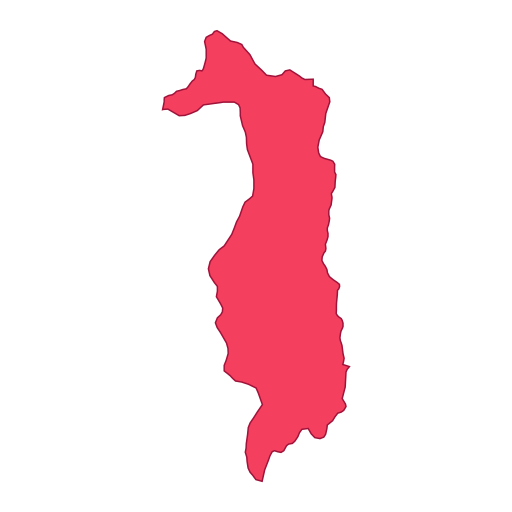 Sipitang, Sabah, Malaysia (orthographic projection)
{"feature_id": "92858781B73026696392194", "entity_name": "Sipitang", "entity_type": "district", "adm_level": 2, "iso_a3": "MYS", "parent_name": "Malaysia", "parent_adm1": "Sabah", "projection": "orthographic", "projection_center": [115.715, 4.645], "detail": "fine", "context": "isolated", "style": "filled", "palette": "rose", "viewbox_px": 512, "rotation_deg": 0, "n_neighbors": 0, "source": "geoboundaries", "source_scale": "gbopen_adm2", "svg_char_len": 3100}
<svg xmlns="http://www.w3.org/2000/svg" viewBox="0 0 512 512"><path d="M255.9,479.6L262.1,481.3L264.7,469.8L268.5,460.0L270.0,455.7L272.2,451.7L274.5,450.7L277.5,451.7L281.0,452.4L283.8,450.7L286.6,445.6L288.6,444.1L292.4,443.4L294.9,441.1L297.9,436.6L299.4,432.8L301.9,429.3L308.2,428.5L311.2,433.8L314.8,437.6L320.0,438.6L323.8,437.1L325.6,434.3L326.8,429.0L327.3,425.0L332.6,420.7L334.9,416.9L337.7,413.2L341.2,412.1L343.7,410.4L346.0,406.6L345.5,404.1L342.2,398.6L345.2,387.0L346.0,372.0L347.2,369.3L349.4,366.6L349.1,366.5L342.8,364.5L343.5,361.7L344.1,358.3L343.0,353.5L342.0,345.6L341.2,342.9L340.4,340.8L339.9,337.9L340.4,333.9L341.0,331.1L342.3,328.4L343.0,326.6L343.0,323.1L342.2,320.4L341.2,318.6L338.6,316.8L337.3,315.4L336.2,313.6L336.4,310.4L336.4,305.9L336.5,303.1L337.3,294.8L337.5,290.3L338.8,288.8L339.6,286.5L339.4,284.3L336.8,282.2L333.0,279.6L329.4,276.6L327.5,272.9L326.9,269.5L325.3,266.3L323.6,263.9L321.9,260.5L322.2,256.8L324.0,252.8L325.4,251.1L325.9,248.6L325.4,244.2L327.2,239.6L328.0,236.5L328.0,233.4L327.3,230.5L327.3,228.0L328.5,224.7L329.3,220.7L329.6,218.2L328.8,214.8L328.8,211.2L329.0,209.7L330.0,207.4L331.1,205.0L331.6,201.3L332.0,198.1L331.9,196.6L331.5,194.9L331.5,193.2L332.6,191.7L334.9,187.4L335.2,181.4L335.7,177.4L335.9,174.5L334.6,172.1L334.6,167.4L334.7,164.3L332.9,161.3L330.7,160.2L327.6,159.3L324.6,158.5L322.3,157.5L320.4,156.5L318.7,153.0L317.8,147.3L318.6,143.2L319.2,140.0L322.8,131.7L323.3,126.7L324.8,122.4L325.8,113.4L329.8,101.8L329.3,97.6L325.5,94.0L322.0,89.3L319.0,88.3L315.5,86.5L313.2,86.0L313.2,82.0L313.2,79.2L304.9,79.5L301.9,78.0L300.2,76.6L299.4,76.0L289.8,69.9L285.3,70.9L282.0,74.7L275.5,76.5L266.5,75.2L261.9,70.4L254.9,63.9L249.9,54.6L243.3,47.3L241.8,44.5L237.3,42.5L230.5,41.0L226.5,37.5L222.2,33.7L217.0,30.7L214.4,31.5L212.4,34.2L209.4,35.5L206.2,37.3L204.6,41.5L206.2,49.3L206.2,53.6L206.2,58.1L205.1,62.6L203.9,66.9L203.1,69.4L201.9,70.9L199.6,70.4L196.8,70.9L195.8,74.2L195.3,77.7L194.1,79.7L192.3,81.0L189.8,84.2L188.3,86.5L186.3,88.8L182.8,89.5L179.8,90.5L176.5,91.3L174.5,93.3L172.2,94.8L168.7,95.5L164.4,97.6L164.2,99.6L164.2,101.8L162.6,109.6L163.4,109.4L167.9,109.1L179.2,115.7L184.8,115.4L190.3,113.6L197.3,110.6L203.4,104.9L223.5,102.1L234.3,102.1L238.6,104.6L240.1,107.9L240.3,112.4L240.3,115.9L242.6,125.7L245.3,132.0L246.4,137.3L246.6,143.8L247.4,149.6L252.9,164.2L252.9,172.7L253.9,180.0L253.9,188.6L252.6,196.1L249.4,198.9L245.1,202.1L242.8,206.9L239.6,216.2L236.5,222.0L234.5,227.5L231.8,234.3L224.2,245.9L219.2,249.7L214.7,255.2L210.1,261.7L208.4,268.8L209.9,275.6L214.4,282.6L217.4,286.4L217.4,291.2L216.4,296.7L220.7,304.0L222.7,308.0L222.4,311.8L220.7,314.8L217.4,317.8L215.4,322.8L217.2,327.6L220.4,332.4L226.5,343.0L228.0,348.5L228.2,353.5L226.2,360.3L224.2,365.4L224.2,370.9L230.2,375.7L232.7,378.4L235.5,381.0L241.5,382.0L248.3,384.2L256.1,388.0L258.4,393.3L262.4,404.6L257.4,411.9L253.6,417.9L250.1,423.0L248.3,427.5L247.6,434.5L246.3,443.6L246.1,448.1L245.3,452.2L246.8,457.2L247.1,461.5L248.1,468.0L250.1,472.3L252.6,475.1L255.9,479.6Z" fill="#f43f5e" stroke="#9f1239" stroke-width="1.5"/></svg>